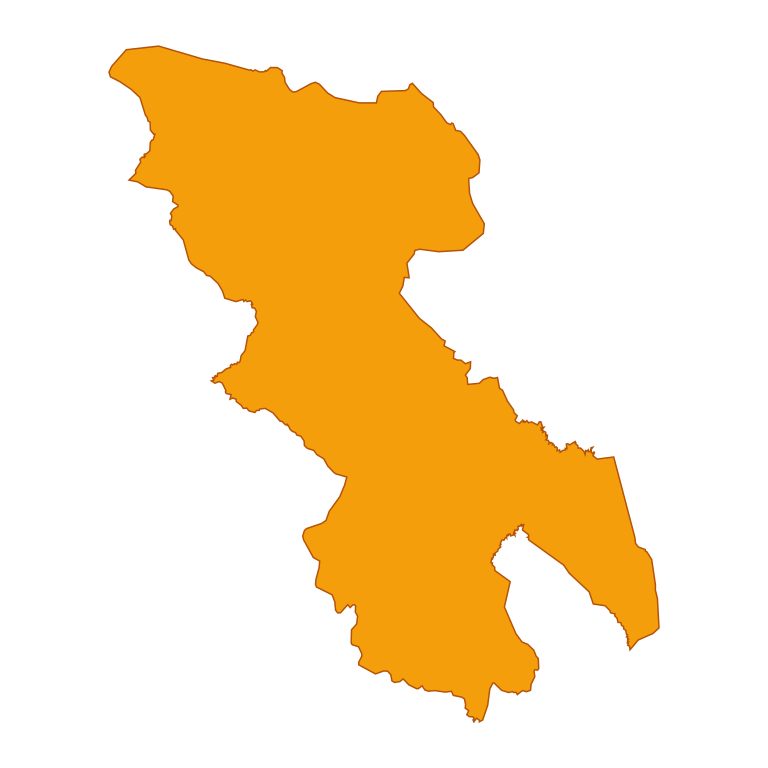 the district of Erawan, Loei, Thailand
{"feature_id": "78962969B28697465385872", "entity_name": "Erawan", "entity_type": "district", "adm_level": 2, "iso_a3": "THA", "parent_name": "Thailand", "parent_adm1": "Loei", "projection": "mercator", "projection_center": [101.991, 17.279], "detail": "fine", "context": "isolated", "style": "filled", "palette": "amber", "viewbox_px": 768, "rotation_deg": 0, "n_neighbors": 0, "source": "geoboundaries", "source_scale": "gbopen_adm2", "svg_char_len": 6092}
<svg xmlns="http://www.w3.org/2000/svg" viewBox="0 0 768 768"><path d="M249.6,70.2L225.1,63.3L202.1,58.9L158.6,46.1L126.3,49.7L111.7,66.3L109.0,72.2L110.5,76.9L120.1,81.8L131.2,89.3L140.0,97.6L145.5,115.3L147.2,117.4L148.0,120.9L150.1,122.2L150.4,130.1L153.7,134.2L154.9,134.1L153.1,139.9L151.7,140.2L150.3,142.5L149.8,150.8L146.6,153.7L144.3,154.2L144.1,155.8L145.3,156.2L144.5,157.5L142.1,157.1L139.9,159.3L140.7,162.2L135.5,170.3L135.9,173.3L129.0,180.1L137.6,181.8L146.1,186.9L166.7,189.8L169.8,191.3L173.2,196.1L172.6,201.6L178.1,205.2L177.9,206.6L173.8,208.9L170.4,213.4L171.8,216.0L171.2,220.5L170.0,220.2L169.6,221.4L170.2,224.7L172.6,226.1L173.6,229.3L175.5,228.7L175.4,230.1L183.3,239.9L188.9,260.2L191.5,263.9L196.3,267.8L203.9,271.8L206.5,275.4L210.3,276.2L218.2,283.7L222.5,291.1L224.8,298.2L236.0,301.6L243.0,299.5L243.9,301.5L245.7,300.0L247.0,301.6L250.5,300.8L252.0,302.6L251.4,304.3L252.5,304.4L251.6,305.4L252.2,307.9L254.5,308.0L256.4,311.4L255.3,316.7L257.9,322.2L257.5,324.4L253.5,329.9L253.6,331.9L251.5,332.8L250.3,335.3L247.8,336.0L245.1,350.6L241.2,355.6L240.0,361.6L238.9,362.6L237.4,362.2L236.7,364.2L234.6,363.7L232.7,364.9L231.6,364.3L230.3,365.6L230.6,367.4L226.3,368.8L221.6,372.6L217.7,373.3L217.2,376.4L216.1,376.6L215.7,375.6L214.5,376.4L214.7,378.0L212.7,377.7L213.9,380.1L211.3,380.9L214.9,383.2L219.1,381.6L222.2,383.0L226.0,390.7L225.4,391.8L226.2,393.5L231.1,394.6L230.0,399.2L232.7,398.1L236.1,399.2L236.3,401.6L241.1,405.2L243.3,408.4L246.8,408.1L249.0,410.9L254.9,412.5L256.4,410.5L259.3,410.3L259.8,409.0L265.2,408.4L273.1,412.9L280.1,421.2L282.0,421.3L285.3,424.7L287.3,424.3L287.2,425.5L288.3,425.4L290.0,429.2L292.2,431.3L295.5,432.6L296.9,435.1L300.8,436.2L304.1,440.8L304.4,445.6L307.4,448.4L313.8,450.4L316.8,454.6L323.7,458.7L327.9,466.2L333.8,472.4L335.9,473.9L346.8,477.0L344.6,485.2L339.7,496.9L329.3,511.2L326.0,520.5L321.5,523.5L306.5,528.6L304.4,530.6L302.7,536.2L303.7,540.0L313.3,557.5L319.7,561.1L319.1,567.7L316.0,579.3L315.5,584.4L316.6,587.1L332.1,594.8L334.8,601.8L335.6,610.1L337.6,612.9L340.5,612.8L347.7,604.7L350.2,607.6L352.8,604.9L354.5,604.8L355.6,605.9L355.3,612.0L357.6,616.0L356.9,622.2L356.4,624.3L351.5,629.8L351.2,643.1L352.2,644.7L358.5,646.7L361.7,653.5L361.9,655.9L358.7,662.3L358.8,664.9L375.5,673.9L383.6,671.0L387.6,671.2L390.8,674.7L391.9,680.8L394.3,682.4L399.8,681.6L403.2,678.9L408.8,684.8L416.6,688.7L418.4,688.6L422.1,685.8L424.9,690.0L428.5,691.2L434.8,690.6L445.2,692.1L451.5,691.3L453.3,695.4L461.9,697.2L464.4,698.9L465.6,704.4L465.2,708.2L468.7,710.6L466.8,714.7L469.2,716.6L473.0,716.9L474.2,718.8L473.0,719.9L473.9,721.9L476.5,718.2L479.4,720.2L479.4,721.8L482.7,720.0L487.7,705.3L489.8,689.0L492.7,683.2L494.1,683.0L501.6,690.3L508.6,692.5L512.5,691.6L513.5,692.5L516.1,692.3L517.3,694.6L522.4,690.6L526.5,691.7L530.5,690.3L531.1,684.2L534.8,676.7L534.1,671.2L534.8,669.7L537.7,670.1L538.7,668.5L538.3,658.6L536.1,656.1L533.8,650.2L527.7,644.3L522.0,642.0L515.9,633.7L504.4,607.0L510.2,581.7L494.8,570.5L494.7,567.2L492.1,564.7L492.4,562.9L491.0,562.6L491.5,559.5L492.4,559.1L491.8,558.2L493.1,557.7L493.8,554.8L495.1,555.2L495.1,553.8L494.1,553.8L497.8,551.0L498.1,549.2L500.8,546.9L499.7,545.3L501.0,544.4L500.4,543.0L501.9,540.1L504.0,540.1L505.2,537.9L506.4,537.2L506.7,537.8L506.8,535.7L507.7,535.6L506.9,534.5L508.5,535.4L508.6,534.3L509.9,533.9L510.7,535.9L513.7,534.9L513.7,533.9L514.9,535.3L514.6,533.7L515.4,533.2L514.0,532.4L514.8,530.1L515.5,530.7L516.4,529.7L517.3,530.5L518.2,529.5L518.1,526.2L519.7,526.3L520.7,525.0L521.4,525.9L521.8,524.7L522.5,525.6L523.9,524.0L522.5,530.0L528.5,534.6L528.7,536.5L527.6,537.2L528.5,537.4L528.6,539.8L563.7,565.1L569.3,573.3L589.2,591.9L593.3,604.0L605.1,605.7L610.2,610.9L610.4,612.7L615.1,614.0L614.7,615.8L617.1,618.3L618.0,622.4L620.8,622.6L621.5,625.3L623.6,626.7L623.6,628.8L625.7,630.3L626.5,634.2L627.5,634.7L626.6,636.8L627.7,636.7L627.4,638.1L628.5,639.2L627.6,639.7L627.5,641.1L628.7,641.7L627.3,642.9L628.2,643.4L627.7,645.2L629.6,646.3L630.0,649.8L638.2,640.0L653.1,633.4L659.0,627.9L657.4,598.4L655.4,590.2L655.4,584.6L651.7,559.6L647.0,552.0L645.4,551.1L645.4,549.6L638.3,547.0L635.6,543.4L634.7,536.8L613.7,457.0L597.2,459.1L593.0,455.8L594.5,452.5L594.0,452.0L592.5,453.6L591.6,452.7L591.1,449.5L592.8,447.3L591.1,447.7L590.2,451.6L588.7,451.6L588.2,449.9L587.3,451.1L585.8,450.5L585.1,454.4L584.1,451.6L580.7,448.1L578.2,448.1L577.8,445.7L575.1,443.2L575.8,442.8L575.2,441.5L569.6,444.9L567.7,443.6L566.3,444.1L566.9,448.6L565.2,448.4L565.5,450.0L563.0,450.3L560.1,452.3L559.6,449.9L557.0,450.8L557.3,448.0L556.4,446.9L554.8,447.2L554.0,444.9L552.3,444.8L552.9,443.5L551.0,442.5L548.9,443.9L549.3,442.1L548.1,440.4L545.8,439.8L547.1,438.5L547.5,435.3L546.8,434.8L545.8,435.9L545.7,432.2L544.5,431.5L542.7,432.4L543.1,430.6L541.4,430.3L541.1,428.1L542.6,429.1L544.0,427.2L542.6,427.4L540.9,421.9L539.4,421.8L537.5,424.9L531.5,421.9L528.6,422.8L526.9,420.6L525.4,422.0L523.1,420.4L523.5,422.0L521.7,421.1L519.5,423.5L515.8,421.5L515.2,419.9L517.3,415.8L514.0,412.7L513.5,409.8L507.5,401.2L502.5,390.2L499.5,388.2L497.5,377.5L494.1,378.3L489.9,377.2L483.2,379.6L479.3,383.3L467.7,384.4L467.2,377.6L465.4,375.1L470.3,368.6L470.6,361.8L465.4,363.7L461.1,360.2L457.2,360.0L453.5,358.4L453.9,352.7L454.9,351.6L444.0,345.8L445.2,341.0L441.5,339.0L431.5,328.0L419.4,318.4L399.3,293.3L402.9,285.9L404.3,277.4L409.2,277.8L406.9,263.2L414.2,253.9L414.8,250.5L419.6,249.2L438.7,251.7L463.0,250.2L483.3,233.4L484.3,223.8L472.7,203.6L469.6,193.6L468.9,183.5L468.8,178.4L472.6,177.6L479.0,172.8L479.9,160.0L478.1,154.5L464.5,135.5L460.5,131.3L455.7,130.4L453.2,123.8L451.8,123.0L450.4,124.6L446.7,122.7L440.8,114.6L433.6,107.0L433.2,102.6L421.6,93.6L412.3,83.3L409.9,84.8L408.3,89.0L405.3,90.6L381.4,91.4L377.8,96.2L376.4,102.9L359.1,102.9L335.0,97.6L327.6,93.0L319.5,84.3L315.4,82.3L311.2,83.6L296.3,91.6L293.0,92.1L289.5,89.4L285.1,82.4L284.5,77.3L281.9,73.1L282.2,70.7L277.4,67.6L270.5,67.5L266.5,71.2L265.5,70.5L264.1,71.8L259.4,71.9L255.2,69.9L253.0,71.1L250.9,69.8L249.6,70.2Z" fill="#f59e0b" stroke="#b45309" stroke-width="1.5"/></svg>